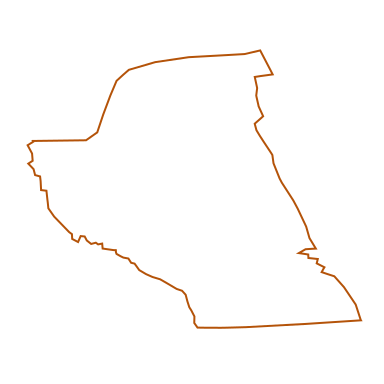 Vahun, Lofa, Liberia (Robinson projection), rotated 267°
{"feature_id": "62588387B17909685690178", "entity_name": "Vahun", "entity_type": "district", "adm_level": 2, "iso_a3": "LBR", "parent_name": "Liberia", "parent_adm1": "Lofa", "projection": "robinson", "projection_center": [-10.503, 8.04], "detail": "fine", "context": "isolated", "style": "outline", "palette": "amber", "viewbox_px": 384, "rotation_deg": 267, "n_neighbors": 0, "source": "geoboundaries", "source_scale": "gbopen_adm2", "svg_char_len": 1556}
<svg xmlns="http://www.w3.org/2000/svg" viewBox="0 0 384 384"><g transform="rotate(267 192 192)"><path d="M251.3,35.8L250.5,36.1L247.3,30.3L238.8,34.3L231.5,34.5L228.9,30.0L223.1,35.0L217.1,36.2L215.5,41.1L210.8,41.4L201.8,41.4L200.9,46.7L192.0,47.2L189.3,47.4L183.2,47.7L174.6,53.1L158.4,67.2L156.2,69.9L151.4,69.9L148.0,75.6L153.8,78.5L153.2,82.5L149.1,84.4L145.4,88.6L146.4,93.3L144.6,95.5L145.2,99.6L140.2,99.8L138.1,110.5L137.9,112.9L135.7,112.9L134.1,113.4L131.5,117.5L130.1,120.0L128.9,125.0L124.5,127.5L123.5,130.9L120.9,132.6L116.8,135.2L112.4,141.8L109.2,148.1L106.5,155.6L102.1,162.4L96.0,171.6L93.9,176.9L89.7,180.3L83.0,181.7L77.0,183.3L73.8,185.1L67.6,187.9L61.1,187.4L56.3,190.4L55.8,197.7L55.3,206.7L54.9,213.5L54.7,219.2L54.5,226.8L54.2,238.8L54.3,297.5L55.0,354.0L55.4,353.8L71.0,349.6L89.0,338.8L100.4,329.7L102.8,323.4L105.2,317.3L108.0,319.0L109.9,320.3L114.2,312.8L118.5,314.1L120.0,304.8L123.5,304.8L124.2,301.5L125.4,295.5L128.9,302.4L129.0,309.6L129.0,312.7L139.8,306.9L151.5,304.2L169.8,296.7L178.3,292.7L196.6,282.2L200.9,280.2L216.4,274.9L224.7,274.2L226.4,273.3L238.1,266.4L244.5,262.7L249.0,260.3L250.3,259.6L256.9,258.2L258.5,260.2L263.9,267.0L265.2,266.5L274.1,263.0L275.5,262.8L283.6,261.4L285.0,261.2L292.4,262.5L303.6,260.7L303.7,261.7L304.2,266.6L304.7,272.8L305.2,278.7L309.9,276.6L329.8,267.5L327.0,251.8L326.9,233.2L326.8,195.8L323.6,162.0L317.3,135.3L313.2,130.1L312.9,129.7L307.0,122.5L292.6,115.5L274.0,107.4L257.0,100.7L256.5,100.5L249.2,88.9L251.3,35.8Z" fill="none" stroke="#b45309" stroke-width="2"/></g></svg>